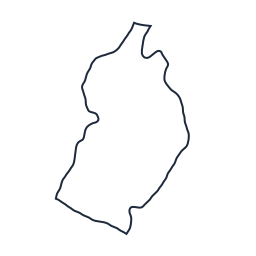 Villa Jaragua, Bahoruco, Dominican Republic (orthographic projection), rotated 8°
{"feature_id": "3306468B1836648434057", "entity_name": "Villa Jaragua", "entity_type": "district", "adm_level": 2, "iso_a3": "DOM", "parent_name": "Dominican Republic", "parent_adm1": "Bahoruco", "projection": "orthographic", "projection_center": [-71.495, 18.534], "detail": "fine", "context": "isolated", "style": "outline", "palette": "slate", "viewbox_px": 256, "rotation_deg": 8, "n_neighbors": 0, "source": "geoboundaries", "source_scale": "gbopen_adm2", "svg_char_len": 2912}
<svg xmlns="http://www.w3.org/2000/svg" viewBox="0 0 256 256"><g transform="rotate(8 128 128)"><path d="M66.4,208.1L68.6,208.6L70.0,209.2L73.1,210.8L75.9,212.0L79.6,214.1L82.4,215.3L85.5,217.0L86.8,217.5L89.1,218.0L92.0,218.8L95.2,220.3L96.6,220.8L100.3,221.7L101.7,222.1L104.9,223.6L106.3,224.1L108.7,224.5L117.1,224.7L118.8,224.9L120.4,225.2L121.8,225.7L125.0,227.2L130.9,228.7L134.7,230.6L138.3,231.8L141.2,233.1L143.3,228.5L143.8,227.1L144.1,224.8L144.2,222.4L144.0,218.4L143.6,216.1L143.0,214.7L141.4,211.7L141.0,210.3L140.9,208.9L141.0,208.2L141.2,207.5L141.5,206.9L141.9,206.3L142.5,205.9L143.8,205.5L145.1,205.3L150.3,205.3L151.7,205.0L152.9,204.4L153.8,203.5L155.4,201.2L158.8,196.9L159.7,195.6L161.4,192.2L165.8,186.5L166.5,185.2L167.4,183.1L169.5,179.4L170.6,176.7L172.5,172.9L173.0,171.5L173.5,168.5L174.0,167.0L175.9,163.3L177.1,160.5L179.0,156.7L179.4,155.3L180.2,151.6L180.7,150.2L182.3,147.1L183.3,145.1L184.0,143.7L184.9,142.5L187.5,139.4L188.4,138.1L188.7,137.4L189.2,135.9L189.4,134.4L189.6,130.4L189.3,127.2L188.8,125.0L188.2,123.7L186.8,121.2L185.6,118.4L183.7,114.7L183.2,113.2L182.6,110.2L182.2,108.8L180.7,105.6L180.2,104.2L179.5,100.5L179.0,99.0L175.6,91.9L174.8,90.7L173.8,89.5L171.6,87.5L169.7,86.3L166.4,84.7L165.2,83.9L163.5,82.5L161.3,80.4L159.7,78.8L158.3,77.0L157.6,75.7L157.2,74.3L157.0,72.8L156.9,70.6L157.0,67.6L157.3,65.4L157.6,64.0L158.7,61.0L158.9,59.8L158.6,58.6L157.9,57.4L157.0,56.3L152.6,51.4L151.7,50.3L150.3,48.1L149.9,47.8L148.9,47.4L147.8,47.3L147.3,47.5L146.1,48.0L144.5,49.4L140.0,54.2L138.9,55.1L137.6,55.8L137.1,55.9L136.0,56.0L135.3,56.0L134.6,55.8L133.9,55.5L132.8,54.6L132.0,53.5L131.6,52.8L131.2,51.2L131.0,49.5L130.9,47.8L131.0,39.9L131.2,37.3L131.4,35.6L131.6,34.7L132.1,33.3L133.7,30.1L134.9,26.6L136.2,23.8L130.1,24.0L125.4,23.9L121.7,23.5L119.4,22.9L118.0,28.6L117.3,30.7L115.6,33.8L114.4,36.6L112.4,40.3L111.2,43.0L109.2,46.8L108.0,49.5L107.1,50.8L106.1,52.1L105.0,53.2L103.8,54.3L102.5,55.2L101.1,55.9L98.4,57.1L95.3,58.8L91.9,60.2L87.8,62.6L86.7,63.4L85.9,64.4L83.8,68.0L83.2,69.2L82.8,70.7L82.3,73.7L81.8,75.1L80.4,78.3L79.9,79.7L79.6,81.2L78.9,86.6L78.5,88.1L77.4,90.5L77.0,91.8L76.8,92.5L76.8,94.0L77.0,94.7L77.5,96.0L78.7,98.4L79.9,101.1L81.8,104.9L82.2,106.4L82.8,109.4L83.2,110.9L83.8,112.1L85.6,115.1L86.3,116.1L86.8,116.6L87.4,116.9L88.7,117.3L92.1,117.7L93.5,118.0L94.7,118.6L95.2,119.0L96.0,120.1L97.2,122.2L97.5,123.4L97.5,124.0L97.4,124.7L97.1,125.2L96.3,126.2L95.2,127.0L92.7,128.0L90.7,129.3L88.9,130.8L87.3,132.7L86.6,134.1L86.1,135.7L85.9,137.3L85.6,143.0L85.3,144.5L85.1,145.2L84.7,145.8L84.3,146.2L82.3,147.7L81.3,148.6L80.5,149.7L79.9,151.0L79.5,152.6L79.3,154.3L79.3,156.9L79.4,167.4L79.2,169.9L78.9,171.6L78.4,173.0L76.8,176.1L75.6,178.8L73.5,182.5L72.3,185.2L70.9,187.7L70.4,189.0L69.9,191.3L69.4,195.9L69.1,197.4L68.6,198.8L67.2,202.0L66.8,203.5L66.6,205.0L66.4,208.1Z" fill="none" stroke="#1e293b" stroke-width="2"/></g></svg>